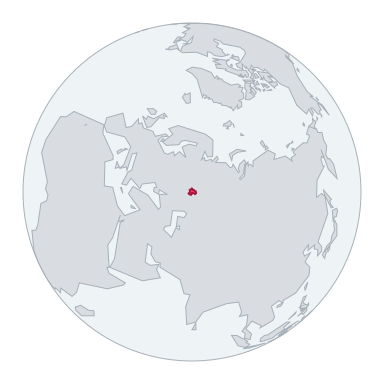 Ul'yanovsk on an orthographic globe, rotated 41°
{"feature_id": "RUS-2395", "entity_name": "Ul'yanovsk", "entity_type": "Region", "adm_level": 1, "iso_a3": "RUS", "parent_name": "Russia", "parent_adm1": "", "projection": "orthographic", "projection_center": [47.861, 53.792], "detail": "fine", "context": "on_globe", "style": "filled", "palette": "rose", "viewbox_px": 384, "rotation_deg": 41, "n_neighbors": 0, "source": "natural_earth", "source_scale": "10m", "svg_char_len": 12653}
<svg xmlns="http://www.w3.org/2000/svg" viewBox="0 0 384 384"><g transform="rotate(41 192 192)"><circle cx="192" cy="192" r="169" fill="#eef3f6" stroke="#a8b0b8"/><path d="M166.2,25.0L174.6,24.4L177.4,27.5L172.9,27.4L174.1,28.4L179.8,28.8L183.2,28.8L195.0,35.3L213.2,40.7L221.0,40.5L217.7,42.3L233.9,40.9L245.1,44.0L231.1,41.8L228.7,42.7L235.7,45.3L234.7,46.7L237.6,49.0L235.8,50.6L227.8,49.6L226.5,50.7L231.5,52.5L232.9,55.6L225.7,52.7L227.4,57.9L214.3,57.8L196.6,49.9L188.1,52.5L166.3,51.7L167.0,53.7L159.2,55.1L157.1,58.0L153.7,57.4L154.9,60.4L158.5,60.4L160.2,61.9L159.3,63.7L154.7,63.0L154.5,62.0L152.7,62.8L150.9,61.7L151.2,63.3L145.9,62.5L149.8,66.1L144.3,67.8L141.1,66.5L143.3,63.0L141.5,52.5L139.0,50.7L133.2,51.3L118.2,59.9L114.6,59.6L108.3,61.9L109.4,63.5L114.7,62.4L115.1,66.3L121.5,64.7L122.7,66.2L128.5,66.4L125.5,70.4L119.5,74.2L114.5,74.4L111.7,76.2L114.7,79.5L103.8,83.5L93.8,92.8L91.2,93.6L89.2,88.5L93.5,79.5L90.8,74.0L90.4,81.7L83.9,84.1L81.9,86.4L81.0,88.9L82.7,89.7L80.0,91.5L79.5,84.3L81.9,82.5L82.0,84.7L84.0,80.6L83.6,76.3L80.3,78.1L83.1,70.6L80.9,71.9L80.2,71.2L83.6,69.5L77.5,72.6L80.3,66.4L71.9,73.1L82.5,63.8L87.6,59.4L93.2,55.0L91.9,55.9L99.6,50.6L109.8,44.4L120.5,38.9L131.5,34.2L142.9,30.3L154.4,27.3L166.2,25.0ZM69.3,76.2L71.3,74.0L69.6,75.9L69.3,76.2ZM185.0,28.7L180.0,28.7L175.2,27.9L179.4,27.7L185.0,28.7ZM193.9,31.0L191.3,31.2L190.3,29.6L192.1,29.9L193.9,31.0ZM226.8,40.1L223.0,39.1L227.0,39.6L226.8,40.1ZM238.3,49.0L239.7,48.9L240.5,50.1L238.3,49.0ZM129.7,64.3L129.1,65.3L128.3,64.7L129.7,64.3ZM132.8,63.4L132.4,62.0L133.8,61.4L134.0,62.3L132.8,63.4ZM238.6,53.9L239.6,56.0L237.2,53.6L238.6,53.9ZM133.0,65.4L136.4,60.6L138.8,59.6L141.8,62.3L133.0,65.4ZM239.2,57.2L241.7,62.8L245.0,62.9L237.0,66.0L237.6,60.0L234.1,57.0L237.5,58.1L239.2,57.2ZM160.0,59.7L156.2,59.7L160.2,58.0L160.0,59.7ZM162.1,58.3L172.0,51.9L177.2,53.1L172.8,54.9L180.2,55.3L177.9,59.0L173.3,59.6L170.4,58.0L171.7,60.7L162.1,58.3ZM232.2,67.0L231.6,68.3L230.7,66.8L232.2,67.0ZM161.2,62.3L162.7,60.8L167.3,61.7L165.1,64.9L164.3,63.5L161.2,62.3ZM183.3,53.6L186.3,55.0L185.2,58.3L186.3,59.3L178.2,59.2L183.3,53.6ZM162.8,64.3L163.8,66.5L160.8,67.8L160.0,63.9L162.8,64.3ZM169.5,60.6L171.5,61.2L169.6,61.9L169.5,60.6ZM150.7,74.1L152.4,72.0L155.0,72.3L150.7,74.1ZM164.4,67.2L165.4,66.8L166.6,66.7L166.6,68.4L164.4,67.2ZM178.0,61.6L177.0,62.8L181.3,61.8L180.6,64.4L175.4,63.9L177.4,65.2L177.2,66.1L173.1,64.8L178.0,61.6ZM170.3,70.0L163.4,70.5L159.6,74.1L157.2,73.9L163.8,68.2L170.3,70.0ZM172.3,67.0L170.5,68.8L168.5,67.6L168.5,65.6L172.3,67.0ZM182.1,66.5L184.4,62.6L185.5,62.8L182.1,66.5ZM169.5,71.2L171.2,71.1L169.5,71.6L169.5,71.2ZM178.7,68.1L179.4,66.7L180.5,67.0L178.7,68.1ZM174.0,72.1L171.8,72.2L171.7,70.9L174.0,72.1ZM176.5,70.5L177.9,71.3L173.0,70.3L176.6,69.8L176.5,70.5ZM179.7,68.7L180.6,68.4L179.2,69.3L179.7,68.7ZM175.6,77.4L169.4,76.5L169.2,73.4L175.3,74.7L175.6,77.4ZM121.6,345.6L120.9,345.2L110.8,339.6L96.4,326.0L99.1,323.1L97.1,317.8L85.5,299.8L88.0,293.8L85.2,288.7L79.3,285.7L76.3,279.3L72.9,276.7L52.6,260.8L47.4,248.6L43.3,221.3L47.7,217.8L50.1,208.6L81.4,199.0L86.1,206.1L108.7,216.4L111.1,219.4L106.5,226.4L121.8,244.9L129.1,240.5L144.9,251.5L156.7,254.0L164.5,239.5L145.2,235.0L143.8,226.4L160.9,223.3L178.1,227.2L178.1,224.0L168.9,215.3L174.6,210.1L165.9,211.7L168.2,215.6L162.8,216.8L160.4,213.4L162.5,211.6L157.8,209.1L149.1,218.7L150.4,223.6L137.0,221.6L138.0,229.8L133.7,231.9L130.6,219.0L132.2,215.2L124.8,198.7L121.9,202.5L128.7,218.4L125.8,216.2L121.9,221.9L122.6,215.8L116.0,198.0L105.1,194.5L88.2,202.7L82.4,199.5L78.9,191.9L88.1,177.8L100.0,186.6L103.4,182.2L103.6,171.9L107.1,175.6L108.7,172.6L113.4,175.5L122.6,171.9L127.8,174.1L133.9,165.5L137.4,165.5L132.8,170.5L132.4,175.3L145.6,180.7L148.8,179.6L151.7,173.7L155.0,176.2L156.1,169.8L164.9,170.0L155.1,164.6L158.2,158.0L164.8,154.5L164.1,151.5L153.3,157.3L150.6,160.6L151.1,164.9L142.1,173.6L137.0,173.4L139.7,161.0L132.9,159.5L138.0,150.9L164.0,139.6L173.6,138.9L184.3,151.7L180.7,155.5L175.0,152.7L178.0,161.4L178.8,157.8L181.5,159.9L185.2,154.6L187.3,155.9L187.3,148.8L190.2,149.8L190.2,154.3L198.2,147.8L205.1,148.6L205.9,146.5L204.8,144.1L214.2,147.0L214.4,145.4L211.4,143.8L209.7,139.6L210.5,133.4L213.8,134.7L213.9,137.1L219.1,144.4L219.0,150.8L220.4,150.8L221.2,145.5L214.9,136.6L214.5,132.6L218.0,136.2L216.7,134.6L217.5,133.0L221.3,132.8L217.7,128.5L222.0,110.5L229.8,108.6L232.5,113.7L238.9,103.6L247.2,102.9L244.4,101.3L245.6,95.8L243.0,95.9L241.8,94.8L243.7,81.6L246.6,79.8L244.2,73.0L242.8,72.3L240.5,73.2L237.0,66.0L245.0,62.9L247.9,64.6L250.9,61.8L257.1,66.3L263.5,68.9L268.4,76.0L273.1,77.8L273.8,76.5L280.7,78.1L292.6,86.6L280.0,85.4L261.6,75.3L268.9,79.7L266.4,80.5L268.5,83.3L273.7,86.4L274.8,85.7L278.7,101.1L289.5,114.3L290.8,108.2L295.3,108.0L308.7,119.2L319.8,147.0L325.9,148.2L328.6,151.6L328.7,157.8L324.6,152.9L321.5,154.8L319.2,151.3L317.9,160.0L314.5,155.4L315.2,164.7L318.9,166.5L321.2,160.2L323.2,170.7L330.2,171.4L335.0,178.3L336.5,200.4L332.1,213.4L332.6,216.2L328.8,217.1L326.9,226.2L336.4,232.2L337.2,235.9L332.6,249.9L331.9,247.5L321.9,250.1L322.3,260.0L329.9,260.0L332.6,265.2L327.7,268.1L324.7,263.7L321.1,264.4L320.5,256.5L314.6,248.0L309.5,254.9L308.3,250.0L299.4,244.5L291.2,253.8L279.2,275.3L280.1,287.8L274.9,295.5L262.4,282.6L257.9,270.9L252.7,274.0L240.4,265.9L217.2,269.8L214.6,266.4L210.0,268.7L201.5,265.6L197.7,259.7L192.3,260.2L202.6,275.6L208.5,274.9L214.4,268.4L216.1,273.8L224.4,277.5L212.8,291.6L179.4,302.8L177.3,293.2L157.9,262.2L159.1,258.9L159.1,258.5L158.9,257.8L155.9,262.9L153.0,256.3L162.1,278.7L163.2,287.2L178.9,303.3L177.2,304.6L182.6,307.8L201.4,304.3L201.2,307.3L191.6,320.6L166.6,334.5L170.7,343.5L170.0,349.5L156.0,350.7L158.9,354.3L151.9,353.8L152.5,355.0L147.8,354.7L139.3,352.5L137.4,351.9L121.6,345.6ZM68.5,209.7L67.2,212.3L68.5,209.7ZM195.1,239.1L206.2,239.6L203.3,229.4L207.3,228.8L204.8,225.6L203.0,228.6L197.2,219.8L202.7,216.7L202.4,212.0L198.7,211.7L189.5,218.9L197.7,231.4L194.3,235.6L195.1,239.1ZM46.8,105.7L44.8,109.2L46.4,106.3L46.8,105.7ZM51.8,97.7L48.3,103.1L49.1,101.9L51.8,97.7ZM68.1,77.1L66.5,78.9L66.3,79.1L68.1,77.1ZM68.0,77.6L68.5,77.1L69.7,75.9L68.0,77.6ZM84.0,84.5L83.9,85.1L82.5,87.7L82.2,86.7L84.0,84.5ZM82.4,99.0L78.1,101.7L80.9,98.9L79.6,97.8L83.8,90.8L90.1,93.7L86.5,93.5L82.4,99.0ZM91.2,82.7L87.8,86.5L91.3,82.2L91.2,82.7ZM112.5,154.3L113.2,157.7L110.1,160.3L103.6,158.4L108.0,154.5L112.5,154.3ZM115.0,161.9L119.5,150.6L123.8,151.6L120.6,152.9L123.0,154.7L118.5,157.3L118.2,169.7L115.5,172.9L104.8,167.1L109.8,167.1L108.8,163.7L115.0,161.9ZM123.6,122.5L125.6,118.3L132.2,125.8L129.6,128.8L122.8,126.9L122.0,122.2L123.6,122.5ZM137.7,71.3L138.0,69.7L139.3,69.8L140.0,71.2L137.7,71.3ZM151.3,73.1L137.5,78.4L137.2,76.8L129.5,82.2L125.7,80.2L130.8,76.7L122.1,79.4L125.2,75.4L119.4,77.8L131.2,70.3L133.6,67.1L132.4,71.4L135.8,73.2L138.0,73.1L146.1,70.4L153.0,64.8L157.5,66.0L158.9,68.4L157.9,69.9L155.3,68.6L155.9,71.6L151.3,70.8L151.3,73.1ZM172.1,99.3L169.4,96.4L169.8,103.6L165.3,102.4L165.6,103.3L161.5,104.3L157.2,107.1L155.4,105.9L154.4,107.5L151.7,108.3L149.8,110.2L146.0,108.9L143.4,111.1L143.0,109.2L139.6,113.5L140.4,109.8L137.0,110.6L138.0,113.8L121.9,103.5L114.5,102.6L107.8,104.0L110.2,97.7L118.0,92.6L127.9,89.2L134.7,91.2L134.5,88.1L137.8,88.3L136.5,90.6L140.3,87.1L142.6,87.9L151.5,85.7L155.5,80.5L158.9,79.8L158.4,82.2L162.0,79.7L163.5,83.9L165.9,83.5L169.7,87.3L167.5,92.4L170.4,91.6L173.4,94.7L172.1,99.3ZM176.5,78.6L174.9,84.7L171.6,87.1L166.3,79.5L163.9,79.3L160.4,74.8L165.2,71.5L165.8,73.1L167.5,73.8L165.3,74.5L168.3,74.5L169.1,76.7L171.7,77.4L170.5,79.1L176.5,78.6ZM115.2,217.9L117.4,219.4L121.0,220.7L118.6,224.5L115.2,217.9ZM110.5,205.8L112.6,206.3L111.0,212.0L108.8,210.6L110.5,205.8ZM115.1,202.0L112.9,205.9L112.8,202.9L115.1,202.0ZM134.9,170.7L137.3,171.0L137.0,172.6L135.1,174.2L134.9,170.7ZM172.3,121.6L171.3,119.3L172.4,118.7L173.6,113.3L177.0,113.9L177.7,117.4L172.3,121.6ZM160.5,241.6L156.3,243.9L154.8,242.0L156.5,241.6L160.5,241.6ZM135.8,234.8L140.8,238.5L135.1,235.7L135.8,234.8ZM176.3,121.4L176.4,119.0L178.0,120.8L176.3,121.4ZM179.6,114.1L181.8,115.7L177.6,113.4L179.6,114.1ZM199.4,349.6L190.0,357.7L181.8,357.5L179.4,355.4L182.3,350.5L191.6,349.1L195.8,346.1L199.4,349.6ZM349.6,252.1L351.1,248.7L350.9,249.3L349.6,252.1ZM348.3,254.5L350.2,250.4L347.7,256.2L348.3,254.5ZM350.9,248.8L352.8,243.5L353.6,240.9L353.3,242.1L350.9,248.8ZM346.8,257.4L337.6,272.2L333.5,276.6L334.8,273.7L341.5,265.0L346.8,257.4ZM334.5,274.1L327.7,277.8L315.9,274.3L320.2,270.8L332.0,268.1L331.4,270.3L335.5,269.0L334.5,274.1ZM349.4,244.1L348.6,249.3L343.8,257.3L341.5,260.3L339.9,257.2L340.8,252.9L342.9,250.0L348.9,227.9L351.3,226.1L350.0,234.1L351.9,234.5L349.4,244.1ZM280.9,288.5L285.3,293.3L282.3,296.0L280.9,288.5ZM349.8,215.5L348.4,225.1L349.2,214.4L349.8,215.5ZM349.4,206.9L350.3,209.0L348.7,208.7L349.4,206.9ZM333.9,219.7L331.9,223.4L331.1,221.7L333.3,216.0L333.9,219.7ZM338.6,184.1L341.2,189.4L341.8,191.9L339.5,190.2L338.6,184.1ZM206.0,125.5L200.4,132.1L198.7,137.8L201.4,142.2L195.3,139.1L197.9,130.3L206.0,125.5ZM219.7,112.1L217.3,108.6L219.9,108.5L220.8,109.2L219.7,112.1ZM217.2,111.2L211.4,110.2L211.1,107.2L215.7,108.6L217.2,111.2ZM193.7,115.5L191.9,117.4L190.5,115.8L193.7,115.5ZM353.4,242.0L353.0,243.1L355.5,234.5L355.7,233.9L353.4,242.0ZM359.9,210.8L360.4,205.8L359.6,211.1L360.6,202.6L360.6,203.1L359.9,210.8ZM357.7,223.1L357.5,224.5L357.1,225.5L357.7,223.1ZM358.3,220.0L359.3,215.4L358.1,221.5L358.3,220.0ZM353.0,233.0L353.6,234.1L355.6,227.3L354.0,233.7L354.9,234.6L354.2,237.4L353.5,236.1L352.5,242.3L351.5,244.4L351.5,241.4L352.7,233.9L353.6,229.5L356.8,219.3L353.0,233.0ZM358.5,216.7L358.1,215.0L358.3,211.7L358.8,211.8L358.5,216.7ZM356.2,211.6L354.2,211.6L353.2,216.7L354.6,204.0L356.4,206.1L356.2,211.6ZM353.4,206.4L352.5,211.0L353.0,204.4L353.4,206.4ZM351.8,210.5L350.9,208.2L352.1,205.9L351.8,210.5ZM354.0,204.8L352.9,199.4L354.2,200.9L354.0,204.8ZM348.5,203.0L352.2,202.0L348.7,207.3L345.1,198.4L346.3,195.2L348.5,203.0ZM333.7,147.8L331.5,145.8L331.6,142.3L333.1,144.6L333.7,147.8ZM330.0,129.9L330.9,140.8L331.3,149.9L332.7,149.1L335.6,155.1L331.7,154.0L329.1,144.3L329.4,138.2L326.4,133.7L324.7,127.3L320.3,123.4L318.5,119.8L322.6,121.5L330.0,129.9ZM318.3,122.0L310.0,113.9L311.7,109.5L313.9,110.3L317.0,115.8L315.9,117.8L318.3,122.0ZM308.5,110.7L307.4,112.7L292.7,106.5L290.1,104.2L302.1,106.1L301.7,108.1L305.0,110.5L308.5,110.7ZM233.4,68.7L231.7,68.3L233.1,67.7L233.4,68.7ZM240.3,95.0L238.8,93.3L240.6,92.5L240.3,95.0ZM235.7,88.4L234.8,90.5L234.4,87.7L235.7,88.4ZM233.0,95.4L233.8,91.1L235.0,96.0L233.0,95.4Z" fill="#d9dde1" stroke="#a8b0b8" stroke-width="1"/><path d="M194.4,188.8L194.5,188.9L194.6,189.0L194.8,189.2L194.8,189.3L194.8,189.5L195.0,189.7L195.3,189.7L195.4,189.8L195.5,189.8L195.8,189.8L195.9,190.1L196.0,190.1L196.1,190.3L196.1,190.7L196.0,190.9L196.0,191.0L195.9,191.3L195.7,191.4L195.7,191.5L195.8,191.7L195.8,191.8L195.7,191.9L195.4,191.8L195.4,191.7L195.5,191.7L195.4,191.7L195.3,191.8L195.1,191.8L194.7,191.7L194.6,191.8L194.0,191.8L193.9,192.0L193.7,192.2L193.3,192.1L193.1,192.1L193.1,192.3L193.3,192.3L193.2,192.4L193.0,192.5L192.9,192.4L192.8,192.5L193.0,192.6L192.9,192.7L192.9,192.8L192.8,193.0L192.7,193.0L192.5,192.9L192.4,192.9L192.3,193.0L192.2,193.1L192.2,193.3L192.3,193.4L192.4,193.5L192.5,193.8L192.6,194.0L192.6,194.3L192.7,194.2L192.9,194.1L192.8,194.3L193.2,194.4L193.3,194.5L193.3,194.8L193.2,194.8L193.0,195.0L192.9,194.9L192.7,194.9L192.4,194.9L192.4,195.0L192.2,195.1L192.4,195.1L192.3,195.3L192.2,195.3L192.1,195.2L191.9,195.3L191.8,195.6L191.7,195.6L191.4,195.5L191.2,195.6L190.8,195.6L190.7,195.5L190.4,195.4L190.2,195.5L190.1,195.4L190.1,195.2L190.3,195.1L190.4,194.9L190.3,194.7L190.3,194.4L190.3,194.1L190.4,193.9L190.3,193.7L190.3,193.3L190.2,193.3L190.2,193.2L189.9,193.0L189.9,192.9L189.7,192.9L189.6,192.7L189.6,192.4L189.4,192.3L189.3,192.1L189.2,192.1L189.3,192.0L189.3,191.9L189.1,191.9L189.1,191.7L188.9,191.4L188.7,191.3L188.4,191.3L188.5,191.3L188.6,191.2L188.7,190.9L188.8,190.8L189.0,190.8L189.3,190.7L189.6,190.5L189.8,190.5L190.0,190.4L190.1,190.2L189.9,190.2L189.7,190.2L189.8,189.9L189.7,189.9L189.7,189.7L189.7,189.4L189.6,189.2L189.8,189.2L190.0,189.3L190.2,189.5L190.3,189.5L190.5,189.4L190.8,189.4L191.0,189.5L191.2,189.9L191.3,189.8L191.5,189.8L191.6,189.7L191.8,189.3L191.8,189.2L192.0,189.2L192.0,189.3L191.9,189.4L191.9,189.5L192.0,189.5L192.1,189.4L192.2,189.2L192.3,189.2L192.5,189.2L192.8,189.2L192.7,189.3L192.8,189.4L193.0,189.5L193.3,189.4L193.6,189.5L193.7,189.4L193.8,189.3L193.9,189.1L194.0,189.0L194.2,188.9L194.3,188.9L194.4,188.8ZM192.4,188.4L192.4,188.5L192.4,188.4L192.4,188.4Z" fill="#f43f5e" stroke="#9f1239" stroke-width="1.5"/></g></svg>